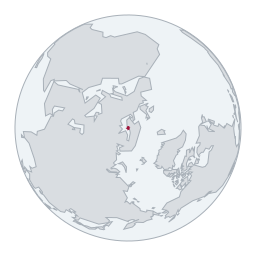 the Earth from above Uppsala, rotated 155°
{"feature_id": "SWE-195", "entity_name": "Uppsala", "entity_type": "County", "adm_level": 1, "iso_a3": "SWE", "parent_name": "Sweden", "parent_adm1": "", "projection": "orthographic", "projection_center": [17.867, 60.017], "detail": "medium", "context": "on_globe", "style": "filled", "palette": "rose", "viewbox_px": 256, "rotation_deg": 155, "n_neighbors": 0, "source": "natural_earth", "source_scale": "10m", "svg_char_len": 10769}
<svg xmlns="http://www.w3.org/2000/svg" viewBox="0 0 256 256"><g transform="rotate(155 128 128)"><circle cx="128" cy="128" r="113" fill="#eef3f6" stroke="#a8b0b8"/><path d="M16.1,115.5L17.2,109.7L17.7,106.8L17.6,106.2L20.1,95.8L22.3,89.9L36.7,62.1L39.6,58.4L41.8,56.0L57.6,42.2L45.6,51.5L49.7,47.4L55.0,43.0L54.5,43.7L61.4,39.3L66.6,35.9L75.4,32.7L82.3,34.4L79.2,35.5L81.2,36.0L85.3,34.6L87.5,33.7L100.0,34.7L113.8,33.0L117.6,30.5L117.2,32.7L123.9,26.9L131.0,25.5L123.4,28.3L122.8,29.6L127.8,29.2L128.4,30.5L131.1,31.0L131.3,32.7L126.8,34.4L126.9,35.5L130.4,35.2L132.8,36.7L127.6,37.0L131.4,39.8L124.5,43.6L110.5,43.8L107.0,47.9L93.3,53.6L94.8,54.7L90.6,57.8L90.9,60.2L88.3,60.8L90.7,62.3L93.0,61.4L94.9,61.8L95.3,63.2L92.0,64.1L91.3,63.5L90.6,64.5L88.8,64.3L89.9,65.2L85.9,66.2L90.3,67.4L87.5,70.0L84.8,70.0L84.5,67.2L77.2,61.0L74.3,60.5L70.5,62.5L64.6,72.0L61.7,72.8L58.1,75.9L60.0,76.6L63.4,74.5L66.1,76.9L70.0,74.2L71.7,74.9L76.0,73.4L75.9,76.8L73.6,80.8L70.0,82.3L68.8,84.2L72.7,85.4L66.6,90.8L63.4,99.3L61.7,100.5L57.6,97.8L56.3,91.0L50.9,88.1L55.0,93.2L50.8,96.3L50.3,98.3L50.9,100.1L52.8,100.2L51.4,102.1L46.9,97.6L48.0,95.8L49.5,97.2L48.8,94.1L45.8,91.4L43.9,93.4L41.2,87.7L39.8,89.1L38.5,88.8L40.9,86.9L36.5,90.3L33.1,85.3L27.1,91.4L32.4,82.9L33.8,78.8L35.1,74.4L34.1,75.3L37.1,68.7L37.5,65.2L34.2,67.3L30.4,72.6L27.4,79.3L28.1,79.5L26.8,84.0L24.3,85.5L21.4,94.8L19.8,97.8L18.5,102.3L17.9,106.1L17.0,111.6L17.6,112.5L18.0,116.5L16.8,119.9L18.0,119.8L17.5,124.3L19.1,134.6L18.7,134.5L19.8,147.2L23.0,158.5L23.7,163.1L23.2,163.4L24.7,167.2L24.8,168.2L32.8,182.7L38.3,191.7L39.2,194.8L36.5,193.1L37.2,194.6L32.5,187.7L28.3,180.4L24.7,172.9L21.6,165.1L19.2,157.1L17.3,148.9L16.1,140.6L15.4,132.2L15.4,123.9L16.1,115.5ZM25.5,92.7L22.4,105.2L22.6,99.9L22.8,100.5L24.0,96.9L25.5,91.2L26.1,86.9L25.5,92.7ZM27.8,94.2L28.2,92.2L28.0,93.9L27.8,94.2ZM88.4,33.1L85.3,34.5L81.4,35.3L83.9,34.0L88.4,33.1ZM95.9,32.2L94.6,33.1L92.5,32.2L93.9,32.0L95.9,32.2ZM120.1,28.5L117.5,29.0L119.9,28.1L120.1,28.5ZM131.4,30.9L132.0,30.4L133.2,30.9L131.4,30.9ZM75.7,71.7L75.8,72.6L74.9,72.4L75.7,71.7ZM77.4,70.4L76.4,69.6L77.0,68.8L77.7,69.3L77.4,70.4ZM134.6,33.9L136.3,35.0L133.8,34.2L134.6,33.9ZM78.6,71.5L78.3,67.6L79.5,66.3L83.0,67.2L78.6,71.5ZM136.8,35.8L141.0,38.7L142.6,37.7L140.4,42.1L137.6,38.2L134.2,37.2L136.5,36.9L136.8,35.8ZM93.6,60.5L91.2,61.5L92.9,59.4L93.6,60.5ZM94.3,59.0L97.0,52.1L100.8,51.4L99.1,53.8L103.8,51.9L104.4,55.0L101.9,56.7L99.3,56.5L101.5,57.8L94.3,59.0ZM138.5,44.2L138.9,45.2L137.6,44.5L138.5,44.2ZM95.8,61.8L96.0,60.4L99.3,59.7L99.5,62.3L98.4,61.7L95.8,61.8ZM104.8,50.0L107.3,50.0L108.4,52.4L109.6,52.8L104.7,55.0L104.8,50.0ZM97.8,62.6L99.5,63.7L98.3,65.4L95.8,63.1L97.8,62.6ZM100.1,58.4L101.7,58.2L100.9,59.1L100.1,58.4ZM94.8,72.2L95.0,70.4L96.7,69.8L94.8,72.2ZM100.3,64.0L100.7,63.4L101.4,63.0L102.2,64.1L100.3,64.0ZM105.8,56.6L105.8,57.6L107.9,55.8L108.8,57.6L105.4,58.8L107.3,59.1L107.6,59.6L104.5,60.0L105.8,56.6ZM105.2,64.1L101.2,66.4L100.5,69.7L99.0,70.2L100.4,64.8L105.2,64.1ZM105.1,61.6L104.8,63.3L103.0,63.1L102.0,61.8L105.1,61.6ZM110.7,58.5L110.1,55.4L110.9,55.2L110.7,58.5ZM105.4,65.1L106.4,64.5L105.6,65.3L105.4,65.1ZM109.5,60.5L109.2,59.4L110.0,59.3L109.5,60.5ZM108.5,64.4L107.2,65.1L106.5,64.2L108.5,64.4ZM109.3,62.6L110.5,62.7L107.1,63.5L109.0,62.1L109.3,62.6ZM110.3,60.6L110.8,60.1L110.3,61.1L110.3,60.6ZM111.9,67.2L107.7,68.4L106.2,66.5L110.5,65.6L111.9,67.2ZM126.7,240.6L123.4,240.4L116.3,237.1L119.9,234.9L119.0,232.5L110.2,225.4L112.2,221.4L109.7,219.2L104.7,219.0L101.8,216.1L98.7,215.5L79.0,211.3L72.8,205.5L64.8,190.5L68.1,187.4L68.3,181.3L91.1,167.5L96.5,170.5L115.0,170.6L117.4,171.7L115.7,177.1L130.1,183.9L134.1,179.3L146.5,181.3L154.5,179.5L156.4,168.7L143.3,171.5L140.6,166.8L150.6,160.1L161.9,157.6L161.2,155.6L153.6,153.1L155.7,148.4L150.9,151.8L153.2,153.4L150.2,155.7L147.9,154.4L148.8,152.7L145.3,152.5L142.1,160.7L144.1,163.3L135.1,165.8L137.6,170.4L135.3,172.9L130.3,166.1L130.5,163.3L121.5,155.6L120.6,158.6L128.9,166.2L126.5,165.7L125.3,170.2L124.3,166.4L115.4,157.5L107.0,158.5L97.1,167.9L92.0,167.5L87.4,163.9L90.3,153.0L101.3,155.1L102.5,151.5L99.6,145.2L103.2,146.5L103.4,144.3L107.5,144.8L112.6,140.0L116.7,139.9L118.1,133.0L120.4,132.1L118.9,136.4L120.0,139.4L130.1,138.9L131.8,137.4L131.9,133.0L134.7,133.6L133.5,129.4L139.0,127.0L131.3,126.5L131.3,121.7L134.2,117.6L132.8,116.0L128.0,122.6L127.3,125.4L128.9,127.9L125.8,135.7L122.5,136.9L120.5,128.7L115.6,129.7L116.2,123.0L128.9,108.8L134.5,105.7L145.0,110.4L144.1,113.7L139.8,113.6L144.3,118.1L143.7,115.6L145.9,116.2L146.4,111.9L148.1,112.1L145.8,107.8L147.8,107.5L149.3,110.3L151.8,104.0L155.9,102.5L155.7,101.0L154.3,99.9L160.5,98.9L160.1,97.8L157.9,97.7L155.6,95.6L153.9,91.7L156.2,91.5L157.0,92.9L162.3,95.8L164.3,99.8L165.1,99.4L163.8,95.9L157.4,92.3L155.8,90.0L159.0,91.2L157.7,90.6L157.6,89.4L159.6,88.1L156.2,86.6L152.0,74.3L155.4,70.8L158.7,73.1L158.1,65.0L162.0,62.1L160.0,62.0L158.3,58.2L157.1,59.0L156.0,58.7L151.2,49.9L151.8,47.9L147.4,44.3L146.3,44.3L145.7,45.6L140.4,42.1L142.6,37.7L144.9,37.9L144.7,35.2L149.9,36.2L154.1,35.9L159.9,38.9L162.7,38.5L162.3,37.5L165.9,36.4L174.6,38.0L169.3,41.2L156.6,40.5L161.9,41.0L161.2,42.3L163.4,43.4L167.2,43.8L167.3,43.0L175.9,51.4L185.8,56.2L183.9,52.1L185.5,50.5L195.1,53.2L209.5,66.8L211.9,65.5L213.9,66.7L216.1,70.5L213.2,68.8L212.8,71.0L210.9,69.6L213.4,75.3L210.6,73.6L213.9,79.1L215.8,78.9L214.6,74.4L218.6,80.1L221.0,78.3L224.4,80.8L230.8,93.6L232.7,102.8L233.5,104.3L232.6,106.1L233.9,112.2L237.5,112.5L238.3,114.4L239.2,124.1L238.8,123.0L236.6,127.8L237.9,133.4L239.7,130.9L240.4,132.9L239.8,136.3L238.9,134.8L238.1,136.4L237.0,132.0L233.9,128.9L233.2,134.6L232.0,132.1L227.6,131.7L225.9,139.7L224.1,156.0L225.8,163.0L224.3,169.0L217.4,165.4L213.7,159.9L211.6,163.3L204.2,162.2L192.6,171.3L190.6,170.1L188.5,172.8L183.2,173.5L180.0,171.1L176.9,173.0L185.4,179.0L188.6,176.9L190.8,171.4L192.6,174.0L197.6,173.8L193.4,185.4L175.5,201.5L173.2,196.6L156.7,184.0L156.8,181.7L156.5,181.1L155.6,184.9L152.6,181.9L162.0,192.4L163.8,197.1L175.3,202.0L174.3,203.2L177.9,203.5L188.4,196.1L188.6,197.9L184.0,208.2L168.8,223.2L170.5,227.0L168.9,230.4L158.8,234.9L159.1,235.9L153.8,237.4L153.0,237.8L151.4,238.2L143.2,239.6L135.0,240.4L126.7,240.6ZM83.9,177.3L83.4,179.2L83.9,177.3ZM174.4,159.7L180.8,156.8L176.9,151.6L179.0,150.1L176.9,148.9L176.6,151.2L171.3,147.6L173.7,144.2L172.4,141.5L170.2,142.3L166.6,149.3L174.2,154.4L173.2,157.9L174.4,159.7ZM19.2,134.9L19.2,136.8L18.8,135.1L19.2,134.9ZM21.8,100.4L21.5,102.5L21.1,104.1L21.1,102.7L21.8,100.4ZM21.6,118.2L21.7,120.9L21.2,118.7L21.6,118.2ZM22.1,107.1L21.5,116.2L20.6,112.2L21.2,106.5L21.3,109.7L22.1,107.1ZM26.2,94.9L25.8,96.4L25.4,96.6L26.2,94.9ZM27.6,95.4L27.6,94.9L28.2,93.8L27.6,95.4ZM51.1,96.6L51.4,97.0L51.6,99.0L50.7,98.4L51.1,96.6ZM57.2,106.2L54.9,108.9L55.9,106.5L54.3,106.1L54.3,100.6L60.9,100.8L57.9,101.6L57.2,106.2ZM56.2,93.6L55.5,96.9L56.0,93.3L56.2,93.6ZM100.3,132.2L101.9,134.0L100.6,136.4L95.5,137.1L97.3,133.5L100.3,132.2ZM104.5,136.1L103.9,128.0L107.1,127.4L105.4,129.1L107.6,129.5L105.4,132.3L109.0,139.9L108.1,142.6L99.1,142.0L102.5,140.7L100.7,138.9L104.5,136.1ZM96.9,109.7L96.8,106.6L103.9,109.3L103.3,111.9L98.1,112.6L95.8,109.9L96.9,109.7ZM84.9,74.0L84.3,72.9L85.2,72.7L86.4,73.3L84.9,74.0ZM94.8,71.4L88.1,78.5L87.2,77.6L84.4,83.1L80.9,82.9L82.8,79.3L78.0,83.3L78.3,80.0L75.3,83.1L79.9,75.2L79.9,72.5L81.2,75.5L84.5,75.7L85.9,75.0L90.1,71.1L91.8,65.7L95.3,65.2L97.4,66.3L97.5,67.5L95.1,67.4L97.0,69.1L93.7,69.9L94.8,71.4ZM119.1,81.8L116.3,80.8L119.5,85.1L116.2,85.7L116.8,86.1L114.6,87.9L113.0,90.9L111.4,90.6L111.4,91.9L110.0,93.1L109.5,94.8L106.6,95.1L105.8,97.2L104.8,96.1L104.2,99.8L103.3,97.2L101.4,98.7L103.3,100.4L88.5,98.5L82.9,99.9L78.8,102.6L77.8,98.1L81.1,92.7L86.5,87.9L92.0,87.3L90.6,85.4L92.8,84.6L93.0,86.4L94.0,83.2L95.8,83.0L100.6,79.2L100.9,74.9L102.7,73.4L103.5,75.1L104.7,72.5L107.4,74.7L108.7,73.7L112.7,75.0L113.5,78.9L114.9,77.5L118.0,78.6L119.1,81.8ZM113.0,67.7L114.7,72.0L113.8,74.4L107.2,71.2L105.6,71.7L101.4,69.9L102.9,66.5L103.9,67.3L105.3,67.3L104.3,68.4L106.2,67.5L107.7,68.6L109.6,68.3L109.6,69.8L113.0,67.7ZM119.8,169.7L121.6,170.0L124.4,169.7L123.6,172.6L119.8,169.7ZM113.7,163.7L115.2,163.5L115.5,167.3L113.7,167.1L113.7,163.7ZM115.9,160.2L115.3,163.2L114.5,161.4L115.9,160.2ZM120.3,135.9L122.0,135.4L122.3,136.4L121.5,138.0L120.3,135.9ZM127.7,95.5L126.2,94.3L126.7,93.7L125.4,90.0L127.7,89.4L129.4,91.4L127.7,95.5ZM154.3,171.1L152.2,173.6L150.9,172.9L151.9,172.2L154.3,171.1ZM137.3,174.0L141.3,174.8L137.0,174.7L137.3,174.0ZM130.0,94.2L129.2,92.7L130.8,93.4L130.0,94.2ZM129.3,88.8L131.2,89.2L127.8,88.9L129.3,88.8ZM186.6,222.1L177.9,228.9L173.0,231.1L172.8,230.8L176.4,227.5L182.2,224.1L185.3,221.3L186.6,222.1ZM239.9,141.0L239.8,141.7L237.4,143.8L238.3,140.4L240.4,134.8L240.3,136.2L240.4,135.2L239.9,141.0ZM240.6,125.2L240.5,123.0L240.4,120.7L240.6,125.2ZM240.4,120.1L238.4,105.6L238.1,104.4L239.5,112.2L240.4,120.1ZM226.3,163.1L228.4,164.5L227.4,167.0L226.3,163.1ZM236.4,98.0L238.0,104.2L236.2,97.6L236.4,98.0ZM234.6,93.1L235.1,94.0L235.0,94.4L234.6,93.1ZM234.6,106.0L234.8,108.9L234.3,108.1L233.7,104.0L234.6,106.0ZM227.0,83.2L229.1,85.5L229.8,86.8L228.9,86.5L227.0,83.2ZM148.6,88.2L147.8,93.8L148.8,97.8L151.7,99.7L147.2,99.6L145.8,93.5L148.6,88.2ZM151.3,75.9L148.7,74.5L150.0,73.6L150.8,73.8L151.3,75.9ZM149.6,76.1L146.1,77.2L144.8,75.4L147.8,74.9L149.6,76.1ZM138.1,85.6L137.7,87.3L136.4,86.7L138.1,85.6ZM234.5,91.3L235.5,94.4L234.1,90.3L234.5,91.3ZM235.4,94.4L234.9,93.3L234.5,91.6L235.4,94.4ZM234.1,90.1L232.9,87.4L233.2,87.8L234.1,90.1ZM233.7,91.1L233.6,89.2L234.7,93.6L232.1,89.6L231.5,87.2L233.7,91.1ZM213.8,62.7L212.5,62.2L211.2,60.0L212.5,61.0L213.8,62.7ZM205.8,52.9L210.5,59.3L214.0,64.8L214.1,63.8L217.0,66.6L215.6,67.2L211.3,62.1L209.1,58.2L206.5,56.4L203.4,53.1L200.6,52.1L198.5,50.4L200.4,50.1L205.8,52.9ZM199.4,51.9L193.3,49.5L191.9,46.2L192.9,46.0L196.3,48.4L196.9,50.0L199.4,51.9ZM191.4,48.0L191.9,49.6L183.9,50.4L181.9,49.8L187.2,47.2L187.9,48.6L190.1,49.0L191.4,48.0ZM140.0,44.9L139.0,45.2L139.3,44.3L140.0,44.9ZM155.3,59.3L153.9,58.7L154.4,57.6L155.3,59.3ZM150.2,56.6L150.6,58.1L149.3,56.5L150.2,56.6ZM151.8,61.7L150.4,58.8L153.0,61.5L151.8,61.7Z" fill="#d9dde1" stroke="#a8b0b8" stroke-width="1"/><path d="M127.5,126.8L127.8,126.8L127.7,126.9L127.8,127.0L127.9,126.9L128.0,126.9L128.1,127.0L128.3,127.2L128.4,127.3L128.5,127.3L128.6,127.5L128.4,127.4L128.5,127.5L128.7,127.8L128.6,128.0L128.5,128.3L128.3,128.4L128.2,128.5L127.9,128.6L127.7,128.7L127.7,128.8L127.7,129.0L127.4,129.1L127.2,129.0L127.1,128.9L127.1,128.7L126.9,128.4L127.0,128.4L127.3,128.3L127.3,128.2L127.4,127.9L127.5,127.9L127.5,127.6L127.4,127.4L127.4,127.2L127.5,127.1L127.5,126.8ZM128.7,127.4L128.5,127.2L128.6,127.3L128.7,127.4Z" fill="#f43f5e" stroke="#9f1239" stroke-width="1.5"/></g></svg>